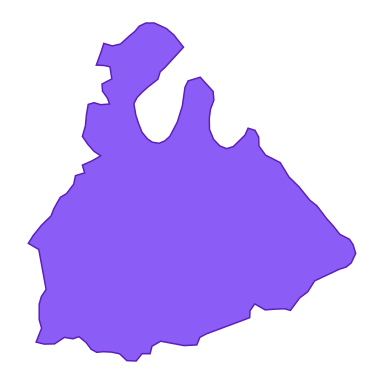 Lidianópolis, Paraná, Brazil
{"feature_id": "56859067B67483695110473", "entity_name": "Lidianópolis", "entity_type": "district", "adm_level": 2, "iso_a3": "BRA", "parent_name": "Brazil", "parent_adm1": "Paraná", "projection": "orthographic", "projection_center": [-51.644, -24.072], "detail": "fine", "context": "isolated", "style": "filled", "palette": "violet", "viewbox_px": 384, "rotation_deg": 0, "n_neighbors": 0, "source": "geoboundaries", "source_scale": "gbopen_adm2", "svg_char_len": 1637}
<svg xmlns="http://www.w3.org/2000/svg" viewBox="0 0 384 384"><path d="M103.8,43.4L101.0,52.2L96.3,65.1L104.1,65.5L110.0,66.8L111.8,78.9L102.0,84.0L102.5,91.1L107.5,98.2L109.6,104.0L100.7,104.7L94.1,102.7L88.2,104.4L86.4,114.9L85.4,125.9L82.4,136.4L88.0,144.5L94.1,151.4L100.7,155.8L91.7,161.0L82.4,165.1L84.6,172.9L75.5,175.6L73.7,184.2L66.5,193.6L60.3,197.3L56.8,203.4L53.8,208.9L51.0,216.0L41.6,225.1L33.0,235.8L28.3,243.4L38.8,249.5L46.1,289.4L41.4,296.5L39.2,304.0L39.2,319.7L41.6,328.2L36.1,342.1L44.2,344.1L54.5,343.9L64.4,337.4L73.0,338.8L79.0,336.7L86.1,342.5L91.2,349.3L96.7,352.3L103.2,351.7L111.4,352.1L119.6,353.8L126.8,360.6L136.2,361.0L142.0,353.7L150.1,353.7L152.0,346.2L160.7,341.2L184.1,345.6L196.8,344.9L199.9,337.3L206.3,333.9L249.7,317.7L250.0,310.8L254.7,303.9L265.2,309.9L275.5,309.1L284.7,308.8L290.4,310.4L299.7,297.9L307.7,291.8L314.7,280.8L339.1,269.3L346.4,266.9L351.3,262.8L355.7,253.4L353.0,244.5L349.5,239.3L339.8,234.3L333.6,226.4L326.6,218.6L316.9,205.8L310.0,200.4L298.8,186.6L288.9,176.9L280.2,162.6L265.5,155.1L259.0,146.0L258.7,137.1L255.0,130.3L248.1,128.2L245.0,135.1L233.3,146.6L226.6,148.6L219.8,145.9L213.6,139.4L209.5,129.5L209.3,118.1L210.5,109.2L213.9,100.0L213.1,91.4L200.2,77.2L188.1,80.9L185.0,87.3L182.3,106.1L177.3,122.1L169.8,136.4L164.8,140.9L159.1,143.3L152.3,142.2L147.4,138.8L142.0,132.3L138.4,123.1L135.8,115.0L133.9,103.7L137.0,97.6L141.8,92.5L148.3,86.7L157.9,79.2L160.2,71.8L164.8,67.6L174.7,56.8L183.5,47.2L173.8,34.9L166.3,28.5L154.3,23.0L145.8,23.0L139.3,26.1L134.9,31.4L129.9,35.5L120.5,44.0L112.4,45.9L103.8,43.4Z" fill="#8b5cf6" stroke="#5b21b6" stroke-width="1.5"/></svg>